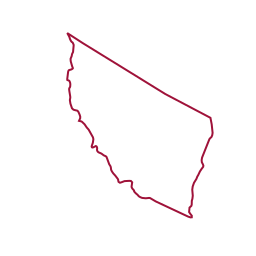 an SVG outline of Cayo, rotated 118°
{"feature_id": "BLZ-1324", "entity_name": "Cayo", "entity_type": "District", "adm_level": 1, "iso_a3": "BLZ", "parent_name": "Belize", "parent_adm1": "", "projection": "orthographic", "projection_center": [-88.805, 16.941], "detail": "fine", "context": "isolated", "style": "outline", "palette": "rose", "viewbox_px": 256, "rotation_deg": 118, "n_neighbors": 0, "source": "natural_earth", "source_scale": "10m", "svg_char_len": 2013}
<svg xmlns="http://www.w3.org/2000/svg" viewBox="0 0 256 256"><g transform="rotate(118 128 128)"><path d="M72.7,226.2L74.3,207.7L77.5,157.4L80.5,111.0L80.3,60.0L85.5,55.8L92.6,51.0L95.0,50.2L96.9,50.1L98.2,50.6L99.6,50.9L119.4,48.7L121.8,47.9L123.6,46.7L124.6,45.2L125.8,43.8L127.0,43.4L129.5,43.8L132.6,44.1L136.6,43.9L138.4,44.0L140.8,43.7L145.4,44.0L149.3,43.4L152.3,42.3L157.4,39.0L160.3,37.9L162.3,37.5L165.7,35.8L167.0,35.5L169.4,36.3L173.5,34.6L174.5,32.8L175.5,30.5L176.9,29.8L177.6,30.9L178.0,33.3L179.8,69.0L179.5,75.6L179.8,76.5L181.7,79.3L183.1,82.7L183.3,84.7L183.2,86.4L182.4,88.5L182.2,89.7L181.6,91.7L181.2,92.6L180.9,93.0L180.5,93.2L180.2,93.7L179.9,94.4L179.7,95.2L179.1,96.3L178.8,96.7L178.4,97.1L177.9,97.4L174.0,98.8L173.4,100.6L174.1,102.1L176.5,106.1L178.9,108.2L180.1,109.4L180.0,111.0L179.2,111.8L178.3,112.4L177.7,113.2L176.0,116.9L175.0,119.7L173.9,121.8L172.8,123.3L170.8,124.7L170.0,125.5L168.8,127.6L163.7,133.3L163.4,134.2L163.4,135.0L163.5,135.7L163.5,136.7L163.1,139.2L163.1,140.1L163.3,142.3L163.2,143.2L162.9,144.0L162.4,144.6L161.9,145.1L160.2,145.8L159.2,146.8L159.0,147.3L159.1,148.0L161.4,149.6L162.0,150.4L161.9,150.9L161.4,151.4L160.7,151.6L157.6,152.1L154.4,153.2L153.4,153.9L152.6,154.7L147.9,162.0L146.9,164.7L145.1,168.1L144.1,171.6L144.1,172.3L144.7,174.6L141.8,174.8L140.4,175.5L140.0,175.9L139.0,176.9L137.1,179.3L136.7,180.1L136.5,180.9L137.3,183.9L137.4,184.9L136.9,186.7L133.5,190.3L130.7,192.4L129.9,192.7L128.5,193.1L127.3,193.8L122.7,197.3L121.2,198.3L120.2,198.5L119.3,198.4L118.3,198.6L116.4,199.5L115.4,200.2L114.7,200.9L113.9,202.0L113.9,202.6L114.1,204.1L113.4,204.6L106.6,207.2L105.7,207.4L104.9,207.4L104.4,207.1L103.2,205.8L102.7,205.4L102.1,205.0L101.3,204.7L100.9,204.9L99.8,206.2L96.2,209.7L94.9,210.6L93.8,211.2L90.9,211.5L89.7,211.9L89.0,212.1L86.7,212.2L80.7,214.7L79.9,215.2L79.2,216.1L78.6,216.9L78.5,217.3L78.4,218.2L78.1,218.9L77.6,219.7L76.5,221.2L75.6,222.0L74.6,223.3L72.7,226.2Z" fill="none" stroke="#9f1239" stroke-width="2"/></g></svg>